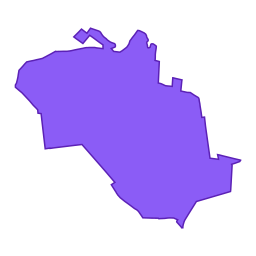 the district of Zerind, Arad, Romania
{"feature_id": "2599482B52549307092918", "entity_name": "Zerind", "entity_type": "district", "adm_level": 2, "iso_a3": "ROU", "parent_name": "Romania", "parent_adm1": "Arad", "projection": "albers", "projection_center": [21.492, 46.616], "detail": "fine", "context": "isolated", "style": "filled", "palette": "violet", "viewbox_px": 256, "rotation_deg": 0, "n_neighbors": 0, "source": "geoboundaries", "source_scale": "gbopen_adm2", "svg_char_len": 3959}
<svg xmlns="http://www.w3.org/2000/svg" viewBox="0 0 256 256"><path d="M230.5,191.5L230.7,190.0L230.8,188.2L232.1,165.4L231.9,164.9L231.6,164.3L234.8,163.3L236.5,162.7L239.6,161.6L239.8,161.5L240.2,160.8L240.6,160.2L240.4,160.1L234.8,158.8L222.6,155.8L220.0,155.1L217.6,154.6L218.4,158.3L218.5,159.3L218.0,159.2L216.9,159.1L213.2,158.6L210.0,158.2L208.4,146.8L205.5,126.1L204.5,117.1L201.8,117.4L201.1,112.2L200.1,106.0L199.8,103.6L199.2,100.6L199.1,99.4L198.9,98.7L198.7,98.1L198.3,97.7L197.9,97.3L196.3,96.4L194.0,95.0L191.6,93.4L190.6,92.7L190.2,92.5L187.2,92.4L180.8,91.0L181.8,81.0L182.0,79.9L175.9,78.5L173.5,77.9L172.8,77.8L172.7,79.0L172.2,86.4L169.3,86.1L166.9,85.9L165.5,85.7L165.2,85.6L162.7,84.4L161.1,83.7L160.4,83.5L158.3,83.0L159.2,63.7L159.3,61.5L155.0,60.4L155.2,59.2L155.3,56.8L155.3,54.7L155.4,53.5L155.6,51.7L156.0,49.3L156.2,47.7L156.3,46.2L155.8,45.7L155.0,45.1L154.1,44.5L153.4,44.0L153.0,43.9L152.3,43.8L151.8,43.8L151.5,43.9L151.1,44.1L150.9,44.3L150.8,44.6L150.7,44.9L150.4,46.0L150.1,47.1L149.9,47.4L149.6,47.5L149.1,47.7L148.6,47.8L148.3,47.8L148.0,47.8L147.8,47.6L147.7,47.4L147.6,47.2L147.5,46.8L147.5,46.5L147.5,46.0L147.4,45.5L147.2,44.7L147.0,43.9L146.8,43.4L146.7,43.0L146.8,42.4L146.9,42.1L147.0,41.9L147.3,41.6L147.7,41.3L148.0,40.8L148.2,40.4L148.2,40.0L148.2,39.8L148.0,39.4L147.8,39.0L147.7,38.7L147.3,38.2L146.9,37.4L146.7,37.0L146.6,36.6L146.5,35.8L146.3,35.3L146.1,34.9L145.9,34.6L145.7,34.2L145.5,33.9L145.3,33.8L145.0,33.6L144.9,33.5L144.6,33.3L144.3,33.0L144.0,32.8L143.3,32.5L142.7,32.2L141.5,31.6L141.0,31.4L140.5,31.2L140.0,30.9L139.6,30.7L139.2,30.7L138.9,30.6L138.5,30.5L137.9,30.4L137.7,30.4L136.9,31.5L134.5,34.9L132.8,37.0L131.8,38.3L130.9,39.6L130.0,40.7L129.9,41.0L129.7,41.6L129.4,42.6L129.1,43.5L128.8,44.2L128.4,44.8L127.8,45.8L127.1,46.7L126.8,47.2L123.8,49.5L121.8,51.0L121.0,51.4L120.7,51.7L120.3,51.9L119.8,52.1L119.3,52.1L116.1,51.7L113.6,51.4L113.4,51.1L111.3,48.5L111.9,48.3L112.7,48.0L114.2,47.4L115.1,47.0L115.4,46.3L115.4,45.2L115.2,44.5L114.7,43.7L114.0,43.4L111.9,42.7L110.1,41.9L108.7,40.9L107.4,40.0L106.3,38.8L105.4,38.1L104.1,37.1L103.5,36.5L102.6,35.5L101.7,34.2L100.6,32.4L99.6,31.4L98.8,31.1L98.2,30.8L96.9,30.4L94.6,29.6L91.9,28.7L90.5,28.2L86.9,33.2L85.3,32.0L83.2,30.4L81.5,29.1L78.5,32.2L73.8,36.9L75.9,38.5L82.9,43.5L89.7,35.3L92.7,37.4L99.2,42.2L103.0,44.9L103.0,48.6L101.8,48.5L99.3,48.2L96.6,47.9L96.2,47.8L95.8,47.7L95.2,47.6L94.7,47.5L94.4,47.5L93.3,47.5L92.0,47.5L91.4,47.5L90.9,47.5L89.7,47.5L88.9,47.5L88.0,47.6L87.3,47.6L86.6,47.6L86.2,47.6L85.8,47.7L84.6,47.9L82.4,48.4L81.1,48.6L79.9,48.9L77.7,49.3L74.8,49.9L71.7,50.6L69.5,51.0L68.6,51.1L68.3,51.1L67.1,51.3L65.6,51.3L62.9,51.3L60.0,51.4L56.0,51.5L55.7,51.3L55.2,51.5L53.6,52.4L51.1,53.8L48.5,55.2L47.5,55.7L45.9,56.6L43.3,57.9L42.5,58.4L42.0,58.5L39.5,59.1L36.7,59.7L33.9,60.4L32.9,60.6L30.3,61.1L27.6,61.7L26.7,61.9L24.7,64.0L22.9,66.1L20.9,68.3L19.0,70.3L18.4,73.8L17.9,77.2L17.2,80.3L16.4,83.4L15.6,84.5L15.4,85.1L15.4,87.2L15.7,87.5L19.7,90.9L22.0,92.8L29.6,100.9L33.3,105.3L35.5,107.5L37.7,109.8L38.0,113.2L41.1,113.6L42.7,127.5L45.2,148.8L49.3,148.2L49.9,148.1L50.0,148.4L54.3,147.8L74.9,145.3L82.0,144.5L82.6,145.2L104.8,170.6L113.5,180.8L114.9,182.3L112.7,183.8L111.9,184.3L111.3,184.7L115.4,191.2L115.6,191.4L116.7,193.4L117.6,194.6L117.7,194.9L118.8,196.1L120.3,197.8L121.7,198.9L124.8,201.4L128.3,203.9L131.7,206.4L133.9,208.1L135.4,209.1L136.5,209.6L138.4,211.3L140.0,213.6L142.0,216.5L142.8,217.8L151.9,218.1L158.2,218.2L158.6,218.5L158.8,218.7L159.1,218.7L160.1,218.6L164.8,218.4L166.9,218.1L169.2,217.9L170.3,217.9L173.1,218.0L173.6,218.0L174.1,218.2L177.7,219.8L177.1,220.7L176.8,221.1L176.7,221.5L176.7,221.8L176.8,222.0L177.1,222.4L179.8,225.4L180.8,226.5L181.3,227.1L181.5,227.4L181.5,227.6L181.6,227.8L182.8,227.8L182.9,226.2L183.3,224.3L184.1,221.7L184.8,220.1L188.6,213.9L196.2,201.8L196.4,201.5L213.8,196.4L222.0,194.0L230.5,191.5Z" fill="#8b5cf6" stroke="#5b21b6" stroke-width="1.5"/></svg>